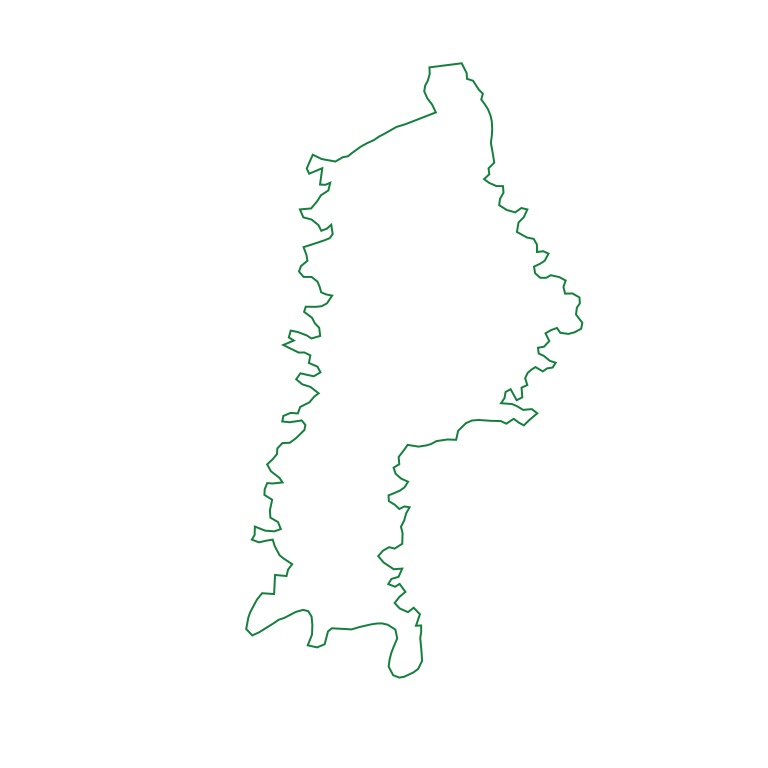 outline of Braganey, Paraná, Brazil, rotated 160°
{"feature_id": "56859067B30256508562253", "entity_name": "Braganey", "entity_type": "district", "adm_level": 2, "iso_a3": "BRA", "parent_name": "Brazil", "parent_adm1": "Paraná", "projection": "mercator", "projection_center": [-53.08, -24.789], "detail": "fine", "context": "isolated", "style": "outline", "palette": "green", "viewbox_px": 768, "rotation_deg": 160, "n_neighbors": 0, "source": "geoboundaries", "source_scale": "gbopen_adm2", "svg_char_len": 4078}
<svg xmlns="http://www.w3.org/2000/svg" viewBox="0 0 768 768"><g transform="rotate(160 384 384)"><path d="M545.0,164.5L537.0,159.4L528.8,159.7L521.3,170.6L516.6,172.3L498.4,164.5L490.2,164.0L478.8,162.6L472.7,161.4L467.7,159.7L462.8,156.5L457.3,149.3L458.6,140.4L464.6,134.0L468.8,129.2L472.8,123.5L476.3,116.8L475.0,107.2L470.1,102.9L465.1,102.0L454.9,102.9L449.2,104.7L442.9,110.8L440.2,120.0L436.9,132.7L433.7,138.7L431.7,144.4L436.6,145.9L429.0,155.3L432.6,163.6L439.5,161.4L446.0,167.7L448.9,174.6L442.3,178.7L435.0,181.3L437.7,190.8L442.9,189.7L448.4,194.5L443.7,198.3L436.3,197.8L430.0,204.3L438.2,206.6L445.4,216.4L448.3,224.2L442.1,227.7L435.0,228.9L430.3,225.7L421.5,227.6L417.5,237.7L416.9,244.0L411.7,248.9L407.3,255.0L402.1,259.4L406.8,262.0L412.3,261.3L415.2,266.9L419.5,272.3L417.8,277.8L411.2,278.0L405.5,278.4L400.2,279.8L394.8,283.9L400.3,289.3L403.8,295.7L403.6,302.1L397.1,303.4L395.2,310.4L387.9,315.0L382.6,318.7L372.9,313.3L365.1,311.8L360.2,311.5L354.2,312.4L343.2,310.1L335.3,306.9L330.3,314.7L320.3,319.2L313.8,319.6L307.3,317.8L296.5,313.0L286.9,309.2L282.7,304.9L274.0,306.9L270.4,301.5L266.7,297.3L260.1,300.3L250.0,304.0L253.6,309.8L262.1,312.1L266.7,317.8L270.6,321.4L280.6,325.9L275.6,329.5L272.5,334.9L266.8,335.8L264.9,323.4L258.6,324.2L256.0,333.5L249.7,334.0L249.4,341.1L245.2,345.3L240.8,347.0L235.9,348.1L230.4,341.5L225.4,342.9L219.9,341.8L215.4,345.3L220.2,349.0L224.3,355.9L228.2,359.7L226.9,365.4L220.9,364.3L214.0,367.8L214.9,376.4L208.6,377.5L202.3,377.5L200.8,371.8L193.6,368.0L187.1,367.4L179.8,368.5L176.7,373.7L179.8,383.6L176.7,389.7L172.4,392.8L170.7,398.5L175.9,404.6L182.9,407.0L182.2,413.8L177.9,419.1L182.7,424.5L190.1,429.2L195.1,428.3L200.8,430.3L204.1,436.4L202.9,443.0L196.0,443.6L190.8,444.9L184.8,450.2L188.9,454.3L195.1,455.7L192.6,462.8L193.7,469.2L199.5,472.7L207.1,481.4L202.3,489.8L195.6,492.9L189.6,499.0L194.8,502.4L202.0,500.4L209.1,505.5L214.6,512.7L211.7,518.2L206.3,522.9L204.5,529.2L210.7,531.6L216.2,536.8L219.9,542.3L213.3,545.1L212.0,550.9L204.7,554.3L202.9,563.5L201.1,574.0L197.6,580.8L195.1,586.6L192.9,593.9L192.1,599.6L192.3,606.5L193.6,612.3L195.3,618.1L191.8,623.0L194.2,628.0L196.6,638.5L201.6,642.4L200.0,647.9L201.3,658.8L233.0,666.0L235.0,659.7L239.2,653.9L243.2,650.4L246.1,645.3L245.6,637.7L243.2,630.0L242.4,621.5L275.6,620.8L284.2,621.3L289.7,620.4L297.9,619.0L304.1,618.2L309.9,616.7L317.5,616.1L325.1,614.9L335.1,612.0L340.0,610.3L345.0,611.2L353.6,609.7L365.6,616.7L372.5,623.8L377.9,618.2L382.9,612.9L382.4,607.2L368.2,607.9L375.9,593.3L370.9,591.2L365.7,591.5L370.1,584.9L378.7,582.9L384.3,578.6L392.4,573.9L403.3,576.8L402.8,568.2L395.8,563.3L391.3,555.8L390.5,549.4L384.6,549.5L379.1,551.7L380.9,542.5L385.1,539.6L390.5,539.4L398.9,539.6L412.8,540.1L412.7,532.0L413.8,526.0L421.7,523.2L425.4,518.8L423.0,512.2L415.4,509.3L411.5,503.0L411.2,497.4L411.7,491.7L407.8,488.0L402.5,484.8L410.0,479.3L415.9,478.4L421.9,479.9L431.1,483.4L434.4,479.1L429.0,470.9L428.2,464.6L425.7,459.1L427.5,451.0L436.6,451.6L439.9,456.0L447.3,462.4L453.4,466.1L457.5,460.3L453.9,455.7L465.3,455.1L459.3,448.8L453.4,442.7L448.1,440.9L443.4,436.1L447.4,429.4L440.6,423.1L439.7,416.7L447.4,415.3L458.9,422.6L464.9,418.5L460.9,411.6L454.1,406.4L448.6,397.6L453.9,396.0L460.3,392.3L470.6,391.1L475.0,385.8L481.7,388.8L489.5,388.4L492.4,383.6L485.7,380.3L479.3,379.0L473.8,377.9L471.9,372.4L474.5,368.0L485.7,363.0L492.6,361.0L499.6,363.2L506.2,360.0L508.6,354.7L514.3,351.4L521.3,348.4L520.1,340.7L514.3,331.5L513.0,326.2L522.7,328.6L527.6,330.8L532.1,325.9L534.3,320.7L528.7,313.5L534.3,304.5L536.5,297.3L530.8,290.5L530.6,283.0L537.3,283.0L545.8,286.8L554.1,294.2L557.2,286.4L561.4,283.0L555.7,278.0L547.3,276.9L541.8,275.8L542.1,268.9L540.7,258.8L537.9,254.2L531.9,246.1L537.6,242.4L541.3,236.9L551.7,241.8L555.2,233.5L559.1,224.2L570.1,229.1L577.2,224.8L587.8,215.3L591.3,211.0L597.3,200.9L593.8,192.8L586.1,193.4L581.1,194.5L569.6,196.9L563.5,198.5L557.8,198.3L544.7,200.0L537.3,199.4L532.9,196.5L531.6,190.2L533.7,182.2L537.3,173.2L545.0,164.5Z" fill="none" stroke="#15803d" stroke-width="2"/></g></svg>